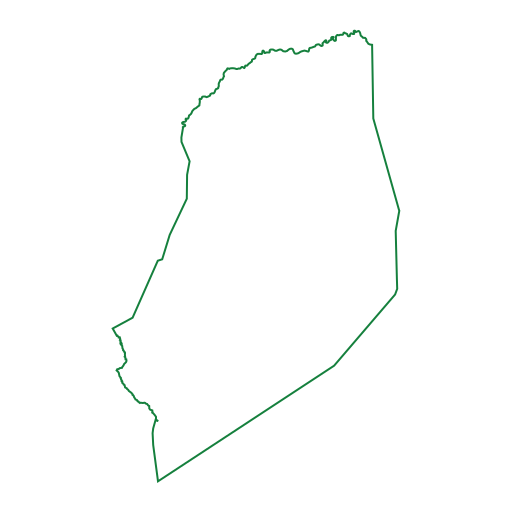 outline of Tepelmeme Villa de Morelos, Oaxaca, Mexico
{"feature_id": "50627088B19513954267626", "entity_name": "Tepelmeme Villa de Morelos", "entity_type": "district", "adm_level": 2, "iso_a3": "MEX", "parent_name": "Mexico", "parent_adm1": "Oaxaca", "projection": "orthographic", "projection_center": [-97.312, 18.0], "detail": "fine", "context": "isolated", "style": "outline", "palette": "green", "viewbox_px": 512, "rotation_deg": 0, "n_neighbors": 0, "source": "geoboundaries", "source_scale": "gbopen_adm2", "svg_char_len": 5709}
<svg xmlns="http://www.w3.org/2000/svg" viewBox="0 0 512 512"><path d="M334.1,365.7L395.1,294.5L397.2,288.8L396.9,279.0L395.7,230.9L399.3,210.7L399.1,210.3L373.3,118.5L372.1,44.8L370.0,44.5L368.4,43.8L367.1,41.9L366.2,40.8L366.4,40.0L366.1,39.0L365.1,37.9L363.8,37.8L363.1,37.8L362.0,36.6L361.6,36.4L360.8,35.6L360.6,35.1L360.2,33.2L359.6,31.9L359.0,31.2L358.6,31.0L358.3,31.1L357.6,31.3L356.1,32.0L355.8,32.0L355.6,31.9L355.1,30.9L354.9,30.8L354.5,30.7L354.1,30.8L353.8,31.1L353.7,31.4L353.7,31.9L354.1,33.1L354.2,33.7L354.1,33.9L353.9,34.0L352.9,34.0L352.3,33.8L351.6,33.4L351.4,33.4L350.8,33.5L350.1,34.5L349.9,35.0L349.7,36.1L348.9,36.3L348.4,36.2L348.0,36.0L347.7,35.5L347.2,34.1L346.4,33.6L345.3,33.3L344.4,32.6L343.6,32.8L343.3,33.8L342.9,34.6L342.7,34.7L342.3,34.8L340.2,34.8L339.8,34.9L339.3,35.2L338.8,35.2L338.3,35.2L337.7,35.0L337.3,35.0L336.9,35.3L336.2,36.1L336.0,36.5L335.9,37.8L335.9,39.7L335.9,40.2L335.8,40.4L335.5,40.7L335.2,40.8L334.8,40.9L334.5,40.8L334.1,40.5L333.2,39.5L332.7,38.8L332.7,38.5L332.7,38.3L333.5,37.6L333.6,37.3L333.6,37.1L333.4,37.0L333.0,36.9L331.8,37.1L331.5,37.4L331.2,37.9L331.2,38.7L331.4,39.5L330.9,40.0L330.3,40.2L329.2,40.7L329.0,41.1L328.4,42.0L327.6,42.7L327.1,42.8L326.4,42.7L325.8,42.3L325.7,42.0L326.2,41.1L326.3,40.7L326.1,40.4L325.6,40.3L325.0,40.7L324.0,41.7L323.4,42.5L322.6,43.2L322.5,43.5L322.5,44.0L322.7,44.7L322.7,45.2L322.5,45.6L322.3,45.7L321.9,45.9L321.6,46.0L320.7,45.7L319.2,44.5L318.5,44.3L318.1,44.3L317.2,44.6L316.5,44.7L316.1,44.9L315.7,45.3L315.3,46.1L314.9,46.5L314.7,46.6L313.7,46.8L313.2,47.1L312.6,47.2L312.1,47.5L310.5,47.9L310.0,47.9L309.6,48.1L309.3,48.5L309.0,50.1L308.7,51.1L308.5,51.4L308.4,51.5L307.9,51.5L307.3,51.4L306.2,51.0L304.5,50.6L303.2,50.9L302.6,51.1L301.4,51.4L300.0,52.1L298.9,52.9L298.1,53.3L296.4,53.7L295.8,53.7L295.0,53.5L294.5,53.1L293.5,51.1L292.9,49.5L292.8,49.3L292.0,48.8L291.5,48.7L290.9,48.7L289.8,48.9L288.5,49.7L288.1,50.1L287.7,50.3L287.2,50.9L285.3,51.5L283.8,51.3L283.2,51.2L281.6,49.9L280.8,49.6L280.0,49.5L279.1,49.7L277.6,50.3L277.1,50.6L276.5,50.8L276.1,50.8L275.0,50.7L273.9,50.0L273.1,49.6L272.3,49.5L271.0,49.5L270.2,49.8L269.9,50.1L269.6,50.6L269.8,51.5L269.7,51.8L269.6,52.2L269.2,52.5L268.9,52.5L266.7,52.4L265.1,53.0L264.7,53.0L264.5,52.9L264.2,51.7L263.7,51.0L263.3,50.7L262.9,50.7L262.6,50.9L262.4,51.3L262.2,52.8L262.1,53.4L261.9,53.8L261.6,54.0L261.4,54.0L260.4,53.9L257.8,53.9L257.3,54.1L256.5,54.7L255.4,56.7L255.3,57.9L255.1,58.2L254.7,58.6L253.0,59.2L252.3,59.6L252.0,60.0L251.9,61.3L251.7,61.7L250.6,62.3L249.9,63.0L248.9,63.6L248.0,64.5L247.5,65.2L247.1,65.6L246.8,65.7L245.8,65.6L245.5,65.6L245.3,65.7L244.9,66.6L244.8,67.3L244.4,67.9L244.3,68.0L243.9,67.9L243.7,67.8L243.1,67.3L242.9,67.2L242.4,67.0L242.1,67.0L241.9,67.0L241.6,67.1L240.5,68.2L240.3,68.4L239.7,68.6L238.7,68.5L237.2,69.0L236.3,69.0L235.0,68.5L233.8,68.3L232.1,68.2L230.3,68.4L229.6,68.6L229.2,68.9L228.0,68.4L227.5,68.4L227.4,68.5L227.2,68.7L227.0,69.4L226.7,69.9L225.7,70.8L224.7,71.9L224.2,72.5L223.8,73.1L223.6,74.3L223.6,74.8L224.0,76.3L223.5,77.1L223.2,77.9L223.1,78.4L222.8,78.9L222.0,79.7L221.7,79.7L221.0,79.6L220.7,79.7L220.2,80.2L219.9,81.2L219.1,82.7L218.8,83.4L218.7,84.5L218.8,85.7L218.7,86.2L218.7,86.6L218.2,87.4L218.2,88.1L218.0,88.3L217.3,88.7L215.9,89.2L215.4,90.1L214.6,92.2L214.2,92.8L213.8,93.2L213.3,93.4L212.1,93.3L210.8,93.9L210.5,94.1L210.2,94.6L210.2,95.2L210.1,95.5L209.9,95.7L207.6,96.8L206.7,97.1L206.4,97.1L206.1,97.0L205.4,96.6L204.8,96.5L203.9,96.5L202.5,96.7L202.3,96.8L202.0,97.3L201.7,98.2L201.3,98.9L200.8,99.0L199.8,98.8L199.6,99.0L199.5,99.5L199.8,100.5L199.8,101.8L199.7,103.0L199.4,104.3L199.5,104.9L199.3,105.5L198.9,105.8L198.0,106.4L196.0,108.1L194.3,108.9L192.7,110.6L192.2,111.3L191.6,112.9L191.4,113.1L191.1,113.8L189.8,115.0L189.1,115.4L189.0,115.6L188.8,116.8L188.6,117.4L188.4,117.7L188.3,118.3L188.1,118.5L187.5,118.7L186.6,118.8L186.0,118.6L185.8,118.7L185.7,118.9L185.6,119.2L186.2,120.0L186.2,120.5L186.0,120.9L185.1,121.7L183.3,122.0L182.8,122.2L182.5,122.4L182.2,122.9L182.1,123.0L182.4,123.7L183.4,124.2L184.5,124.4L185.0,124.9L185.2,125.3L185.1,125.9L184.8,126.2L183.7,126.6L183.2,126.7L182.8,126.7L182.3,126.4L183.1,127.2L181.4,137.5L181.5,141.9L189.6,161.3L187.1,174.8L186.8,198.7L169.7,234.9L162.2,259.3L157.8,260.7L132.6,317.7L112.7,328.5L116.8,335.8L117.4,335.6L117.6,336.1L118.6,336.8L118.7,337.5L119.8,337.4L120.2,338.9L119.9,340.0L120.6,340.3L120.7,341.3L120.3,341.9L120.6,342.6L121.3,342.8L121.8,344.0L121.7,344.4L120.9,344.4L121.7,345.5L122.2,345.9L122.5,348.4L123.2,349.5L123.1,350.3L123.9,351.0L124.5,352.4L124.9,352.4L125.0,352.8L125.0,353.7L124.9,354.7L125.1,356.4L124.7,356.8L125.3,357.4L125.5,359.3L126.3,359.4L126.5,360.8L126.1,362.0L125.1,363.1L124.2,363.9L123.5,365.4L122.8,366.4L122.2,367.1L122.0,367.8L119.6,368.2L119.2,368.7L117.8,369.3L117.3,369.2L116.6,370.4L118.2,371.9L118.8,372.9L119.5,376.2L120.8,377.8L120.6,378.1L121.2,379.2L121.1,379.6L121.4,380.0L121.8,380.5L121.6,381.1L122.3,381.5L122.2,382.8L122.8,383.2L123.2,383.8L123.8,384.3L123.8,384.7L124.6,385.1L125.1,387.4L126.8,388.3L127.0,388.9L128.2,389.8L128.8,390.9L131.6,393.0L131.8,393.5L132.7,394.4L132.6,395.0L133.5,395.6L133.8,396.1L134.2,397.4L134.9,398.3L135.5,399.5L135.9,399.6L137.0,400.1L137.2,400.7L137.7,401.4L138.3,401.4L138.7,401.8L139.1,402.4L139.9,403.0L140.5,402.7L143.0,403.0L144.3,402.7L145.1,402.9L145.6,403.5L147.1,404.0L147.9,405.0L148.1,405.4L149.2,406.0L149.3,408.5L150.2,409.7L152.3,410.4L152.5,411.7L152.4,411.9L152.2,412.1L152.2,412.6L152.4,412.8L152.9,412.9L154.8,415.1L156.0,416.8L156.0,418.5L155.7,419.4L158.2,421.1L155.5,420.2L153.2,428.4L152.6,433.2L153.2,445.0L158.0,481.3L334.1,365.7Z" fill="none" stroke="#15803d" stroke-width="2"/></svg>